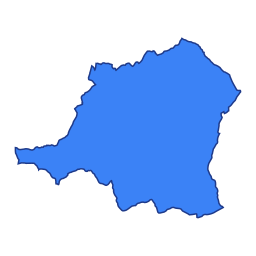 Fosca, Cundinamarca, Colombia (Natural Earth projection)
{"feature_id": "7082276B26264709784086", "entity_name": "Fosca", "entity_type": "district", "adm_level": 2, "iso_a3": "COL", "parent_name": "Colombia", "parent_adm1": "Cundinamarca", "projection": "natural_earth1", "projection_center": [-73.944, 4.318], "detail": "fine", "context": "isolated", "style": "filled", "palette": "blue", "viewbox_px": 256, "rotation_deg": 0, "n_neighbors": 0, "source": "geoboundaries", "source_scale": "gbopen_adm2", "svg_char_len": 5767}
<svg xmlns="http://www.w3.org/2000/svg" viewBox="0 0 256 256"><path d="M223.2,207.5L222.4,206.5L221.4,206.2L220.3,205.4L219.0,203.4L218.3,199.9L217.8,198.7L217.5,197.4L217.4,196.6L217.7,195.9L217.7,195.1L217.1,193.1L217.4,192.2L217.7,191.9L217.7,190.3L217.4,189.5L217.0,188.5L216.0,187.4L215.6,186.7L215.5,186.2L215.6,184.2L215.5,182.6L215.2,181.2L214.6,180.3L212.7,179.5L211.9,179.0L211.6,178.4L211.1,176.3L209.6,174.1L209.0,172.4L207.9,169.9L207.8,168.3L208.1,165.9L208.7,163.7L209.1,162.8L211.7,158.2L211.9,157.6L211.7,155.7L211.8,154.9L212.5,153.2L212.6,152.3L213.4,148.8L214.4,147.5L214.9,146.4L215.5,145.5L215.9,144.5L217.3,143.1L217.5,142.6L217.6,141.4L217.4,140.4L217.7,138.0L218.3,136.1L219.5,133.6L219.3,133.6L218.4,133.0L218.0,132.5L217.9,131.7L218.3,130.2L219.0,125.8L219.0,123.9L219.5,122.4L220.6,120.4L221.3,119.4L222.1,117.5L222.0,117.0L221.4,116.3L221.1,114.3L221.1,113.3L223.8,111.7L224.4,113.5L226.3,112.7L227.2,112.0L227.9,111.2L228.7,110.8L228.6,107.2L230.0,106.2L231.1,105.2L233.3,102.3L235.2,100.4L236.9,96.8L239.4,93.5L239.9,92.6L240.5,92.1L240.6,91.6L240.4,90.7L240.1,90.4L239.6,90.4L239.1,90.6L237.5,90.3L236.8,90.0L236.5,89.5L233.4,84.0L232.0,81.3L229.9,76.2L229.7,75.1L229.3,74.7L227.3,73.3L226.2,72.8L225.1,72.1L223.8,71.8L221.5,69.6L220.0,67.6L218.3,66.4L216.2,65.3L214.3,64.7L213.1,63.7L212.2,62.7L210.9,61.6L209.7,59.9L208.9,59.1L207.7,58.4L206.8,57.4L205.2,56.2L204.0,53.8L204.1,52.4L202.8,51.9L202.3,50.0L200.6,48.6L200.4,48.1L200.2,47.2L198.8,46.0L197.9,44.7L196.5,44.2L195.2,43.3L192.6,42.7L191.2,41.9L189.1,41.7L187.5,41.2L186.5,40.5L185.3,39.9L183.8,39.6L181.9,38.4L181.6,39.1L180.1,41.1L179.5,43.0L178.6,44.6L177.1,45.3L175.9,45.2L175.1,45.7L173.4,47.8L172.8,48.2L171.1,48.4L169.1,50.0L166.9,50.9L164.6,51.2L164.1,51.4L163.9,51.6L163.4,52.6L161.5,53.9L158.8,54.7L157.6,55.3L157.2,55.0L156.6,54.2L155.5,53.4L155.4,52.5L154.0,51.0L153.4,51.1L153.1,50.9L152.7,51.5L152.2,51.7L151.2,51.6L149.5,51.1L147.4,51.2L145.9,53.1L144.4,55.2L143.8,56.4L142.1,60.1L140.9,61.6L139.2,63.2L138.8,63.4L137.8,62.1L136.2,62.1L135.3,63.0L133.9,65.2L132.8,66.3L132.5,66.3L131.5,65.6L129.4,63.4L129.0,63.2L128.1,63.2L126.1,63.9L125.2,65.2L123.3,65.0L122.8,65.3L122.1,65.3L121.0,65.9L116.0,70.3L115.8,70.1L115.4,68.5L114.8,68.3L114.3,68.4L113.9,68.8L113.4,68.7L112.2,67.2L112.0,66.5L112.1,64.7L110.8,64.2L109.5,64.0L108.9,63.5L108.3,63.4L105.9,63.5L105.0,63.3L104.5,63.0L103.1,62.9L102.3,63.3L101.3,64.3L100.9,64.5L100.1,63.9L99.2,64.0L97.8,63.3L96.8,63.5L96.1,63.4L95.6,67.7L95.0,69.7L94.8,70.0L94.6,69.7L94.1,68.2L93.5,67.3L92.6,66.5L91.8,65.9L90.3,71.6L89.9,72.8L89.9,73.4L88.5,77.7L88.7,79.4L88.9,79.6L89.3,79.8L91.2,80.3L92.5,81.0L94.1,83.1L95.5,84.7L93.1,86.1L92.0,86.9L91.0,88.5L89.6,90.3L87.4,92.0L85.4,92.7L85.0,93.0L84.3,94.6L82.9,95.1L82.2,95.7L81.5,96.6L81.3,97.9L82.5,102.4L82.5,102.6L82.0,102.9L82.0,103.1L82.5,103.7L82.4,104.3L79.9,105.3L77.4,106.0L77.0,106.7L76.5,107.2L74.7,108.7L75.0,109.5L75.5,109.8L75.8,110.7L77.1,112.8L76.9,114.9L76.4,116.8L73.5,121.6L72.8,123.9L71.9,125.7L71.4,126.4L69.4,130.3L68.4,132.9L68.3,133.8L67.3,135.6L66.5,135.9L65.0,137.4L64.2,137.8L62.4,138.6L61.3,139.4L60.5,139.5L59.3,140.2L58.8,140.9L58.3,142.5L57.7,143.5L57.5,144.3L57.1,145.0L56.5,145.4L54.5,146.0L54.2,146.0L53.2,145.4L51.7,144.9L50.6,145.4L49.9,145.6L48.6,145.3L47.7,145.6L47.1,145.2L46.8,145.2L46.0,146.0L44.8,146.0L43.9,146.2L43.7,146.4L43.3,147.2L43.1,147.3L41.8,147.0L41.2,147.4L39.8,147.8L38.7,147.7L38.3,147.6L37.5,147.0L37.1,146.9L36.7,147.0L35.7,147.4L35.2,147.8L33.9,149.4L32.1,150.1L29.8,149.6L28.8,149.1L26.6,148.8L25.4,148.8L24.1,149.1L20.3,149.6L18.4,149.3L17.3,148.2L16.6,147.8L15.4,147.6L15.4,150.9L15.6,153.1L16.4,154.6L17.7,158.0L18.1,158.7L18.9,159.8L18.2,163.8L21.4,162.9L24.7,163.0L26.0,163.3L31.8,163.2L34.0,163.3L34.5,163.5L35.3,164.5L37.0,166.0L37.8,167.8L38.6,168.8L38.7,169.8L39.3,169.2L40.5,169.0L41.9,169.0L45.3,169.5L46.6,170.3L47.2,171.1L48.4,172.2L49.6,173.0L50.5,174.3L51.1,175.8L52.3,177.4L53.1,177.9L54.8,178.3L55.5,179.1L55.9,181.3L55.9,183.1L56.1,183.9L57.4,183.9L58.2,184.6L58.6,184.5L58.9,183.9L59.3,181.4L59.7,180.6L60.2,179.9L61.4,178.9L61.9,178.7L63.3,178.4L66.2,176.9L67.9,174.9L67.7,174.0L67.9,173.6L68.5,173.4L69.6,172.6L71.1,172.3L72.6,171.6L75.8,170.7L77.8,169.3L79.1,169.3L80.5,168.8L81.8,168.8L83.9,169.2L84.3,169.6L85.3,171.0L86.0,171.3L87.3,171.3L88.1,170.6L88.3,170.5L89.5,170.7L90.6,170.4L91.1,170.6L91.8,171.4L92.9,173.1L93.7,173.7L94.3,174.0L94.6,174.4L95.0,175.6L95.8,176.9L96.8,178.0L98.8,182.1L99.4,182.8L100.3,183.4L101.9,183.6L102.9,183.9L105.5,185.2L106.4,185.3L107.5,184.8L108.1,184.4L109.3,183.0L110.5,181.3L111.0,180.9L111.5,180.7L111.7,181.1L111.8,182.5L112.7,184.4L112.9,185.0L112.6,187.8L112.8,188.3L113.3,189.0L113.6,189.5L113.6,191.7L113.9,193.0L114.7,194.8L116.6,197.5L116.8,197.9L116.9,198.6L116.4,199.7L116.3,200.8L116.7,201.8L117.7,203.2L117.7,204.1L118.0,205.4L118.4,206.5L119.9,208.3L121.8,210.3L122.7,210.8L123.8,210.8L125.9,210.3L127.6,209.3L130.7,207.0L132.0,206.1L134.4,205.6L135.6,205.6L135.9,205.3L136.5,204.3L138.1,203.2L139.1,203.1L140.7,202.5L141.1,202.3L143.1,202.1L144.8,202.5L146.6,202.2L148.7,201.2L150.2,199.8L151.3,199.5L151.7,199.6L152.3,200.2L153.4,201.9L154.7,203.6L155.0,204.3L155.1,205.8L155.5,206.3L156.3,207.1L156.6,207.6L157.8,212.0L158.1,212.4L158.8,213.0L160.0,213.0L164.2,212.0L166.0,210.9L167.1,209.6L167.5,209.4L169.9,208.7L171.9,207.5L173.8,207.4L175.2,208.0L176.3,208.2L179.8,208.6L180.9,209.0L181.4,209.5L182.4,210.8L182.8,211.1L188.0,213.8L189.4,214.8L192.5,214.5L195.9,213.9L196.6,214.0L196.8,214.8L197.0,217.4L197.7,217.6L198.3,217.6L201.9,216.4L202.9,215.3L203.8,214.7L204.2,214.6L205.2,214.4L206.5,214.6L207.9,214.5L210.7,213.9L212.4,213.3L213.8,212.7L216.7,211.0L223.2,207.5Z" fill="#3b82f6" stroke="#1e3a8a" stroke-width="1.5"/></svg>